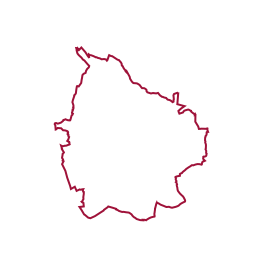 the district of Cergau, Alba, Romania, rotated 250°
{"feature_id": "2599482B88582308663497", "entity_name": "Cergau", "entity_type": "district", "adm_level": 2, "iso_a3": "ROU", "parent_name": "Romania", "parent_adm1": "Alba", "projection": "equal_earth", "projection_center": [23.934, 46.087], "detail": "fine", "context": "isolated", "style": "outline", "palette": "rose", "viewbox_px": 256, "rotation_deg": 250, "n_neighbors": 0, "source": "geoboundaries", "source_scale": "gbopen_adm2", "svg_char_len": 5670}
<svg xmlns="http://www.w3.org/2000/svg" viewBox="0 0 256 256"><g transform="rotate(250 128 128)"><path d="M97.0,201.9L98.1,201.9L99.2,202.0L99.7,202.2L100.2,202.4L100.4,202.5L100.5,202.4L100.6,200.9L102.2,196.9L102.3,196.4L102.3,196.2L102.5,195.8L102.5,195.5L102.9,194.3L105.4,194.5L110.9,193.4L117.1,195.8L117.2,195.1L118.5,195.7L118.6,194.9L121.5,193.1L122.1,192.9L122.6,193.1L123.1,192.5L124.6,191.2L124.8,190.6L125.0,188.0L125.0,186.8L124.5,185.8L123.8,185.0L123.9,181.2L125.5,181.1L126.8,181.2L128.2,184.7L129.2,188.6L133.5,182.5L143.3,187.0L143.4,186.5L144.2,186.3L144.2,182.9L143.2,181.9L139.3,180.9L138.8,180.4L137.2,179.8L137.0,178.8L138.3,178.0L138.9,177.7L140.0,176.7L141.1,175.0L141.4,174.8L143.2,174.1L144.3,172.4L145.4,171.3L145.6,170.7L147.8,169.2L150.7,168.2L150.8,166.6L151.3,165.4L151.8,164.5L151.9,164.1L152.3,163.6L152.4,162.8L152.6,161.4L154.9,158.4L156.3,158.0L157.4,158.4L158.6,157.9L159.8,156.9L160.4,155.6L160.6,154.9L161.5,154.5L164.5,153.6L166.3,152.2L166.9,151.6L168.4,148.4L170.3,147.5L173.6,146.8L175.6,147.1L181.9,146.1L181.7,145.8L181.3,145.5L182.3,145.1L183.4,145.2L184.3,144.7L185.5,144.5L186.0,144.3L187.8,144.2L188.7,143.8L188.8,143.6L189.1,143.6L190.5,144.0L192.0,143.8L194.3,142.9L194.8,142.8L195.8,141.5L200.9,137.7L201.3,136.8L202.9,135.2L201.8,134.2L201.2,133.8L198.8,131.8L198.5,131.2L200.0,130.7L201.0,129.1L201.6,126.7L202.3,126.1L203.1,125.3L204.2,123.6L205.2,122.7L205.4,122.3L205.4,122.0L207.3,120.2L209.0,118.2L209.5,117.1L210.4,116.5L209.4,116.2L208.8,115.8L207.1,115.6L209.3,114.9L213.8,113.9L219.6,111.7L217.9,108.3L218.3,108.0L218.4,107.6L218.5,107.3L218.7,107.2L218.9,107.4L219.2,107.8L219.3,108.2L219.5,108.3L219.9,107.8L220.1,107.7L220.6,107.7L220.5,107.1L220.7,106.9L220.8,106.7L219.5,106.6L218.7,106.3L217.8,106.2L215.8,106.0L214.9,106.1L214.7,106.2L213.7,106.5L211.2,107.7L210.4,108.2L208.9,108.7L207.8,109.0L206.4,110.1L201.6,111.9L199.6,112.8L198.4,111.9L197.4,109.7L196.0,108.1L194.3,107.0L194.1,104.8L193.3,103.3L190.9,102.0L189.1,100.9L186.3,99.4L183.9,95.9L184.8,94.6L184.6,94.2L182.2,92.8L178.5,90.9L177.7,90.0L177.1,88.6L176.5,88.5L173.1,85.8L171.3,84.6L168.2,84.5L167.4,84.3L166.6,84.0L166.3,83.5L165.5,83.7L164.0,82.6L164.2,82.2L163.7,81.9L163.4,82.1L161.6,80.6L160.9,80.5L160.3,81.1L159.4,80.3L159.1,79.3L155.8,77.0L155.0,76.3L155.0,75.9L155.4,75.5L155.6,74.6L156.3,73.6L157.6,72.2L157.4,70.7L157.6,70.4L157.6,70.0L156.9,69.4L156.7,68.9L156.0,66.9L156.0,65.0L156.1,63.5L157.3,62.1L157.4,61.1L157.3,60.8L156.5,60.4L155.3,60.6L151.3,59.5L151.3,60.0L152.1,61.8L150.6,65.1L148.1,66.2L147.3,68.0L146.0,69.7L145.3,70.2L144.5,70.3L144.1,70.1L144.1,69.7L142.9,69.2L142.7,69.6L142.4,69.7L141.9,69.4L141.7,69.6L140.4,69.2L139.7,69.6L137.5,67.8L136.6,66.5L135.4,67.4L135.4,67.7L135.1,68.0L134.4,68.0L134.0,67.7L132.6,67.6L132.5,67.0L132.6,65.6L132.5,64.2L132.6,63.6L133.0,62.3L133.0,61.3L133.5,59.9L134.4,59.1L130.6,58.9L130.6,58.7L129.4,58.9L127.2,59.4L126.9,59.4L125.9,57.6L125.6,57.6L122.5,55.8L120.6,56.2L119.7,55.4L118.8,56.1L116.6,53.7L109.1,54.5L102.2,53.9L93.3,53.8L90.2,53.5L91.0,57.9L86.5,58.2L86.8,61.6L86.4,62.0L86.1,62.9L86.1,63.8L85.8,65.0L85.6,64.8L85.2,64.3L83.5,64.1L83.0,64.6L81.2,63.9L80.1,63.3L79.1,62.8L78.3,62.3L77.6,62.2L76.3,61.7L75.5,60.6L75.0,60.4L74.7,59.9L74.6,59.2L74.3,59.3L73.9,59.5L72.8,60.5L69.4,59.6L70.4,55.4L66.7,56.3L61.8,57.2L61.1,57.8L57.4,59.9L56.1,61.8L56.5,66.8L57.6,71.6L58.0,73.3L58.8,76.9L59.3,77.4L60.5,81.7L61.0,82.6L58.6,85.9L56.1,89.2L55.6,88.9L54.1,90.5L53.2,91.1L52.0,92.6L51.1,93.8L50.9,94.6L50.6,95.4L49.5,97.3L48.4,99.5L47.9,100.2L45.6,101.8L44.3,102.1L42.9,102.7L41.6,103.5L41.1,104.1L39.6,104.9L37.3,107.9L36.1,110.6L36.7,110.6L36.0,112.3L35.2,113.4L35.3,113.5L35.4,114.3L35.6,115.2L35.8,116.1L35.9,116.8L36.0,117.1L36.0,117.8L36.1,118.2L36.1,119.0L36.1,119.3L35.9,121.6L35.7,122.6L36.1,122.9L37.6,123.2L38.2,123.4L38.7,123.6L39.5,124.1L39.9,124.3L40.7,124.7L41.8,125.3L42.7,125.7L43.2,125.9L43.3,126.1L46.7,128.4L47.6,129.1L48.0,129.5L47.9,129.5L47.1,130.5L46.9,130.8L45.9,131.6L44.9,132.3L44.2,133.1L43.3,134.1L42.8,134.7L41.4,136.2L41.0,136.7L40.7,136.9L40.5,137.5L40.3,138.2L40.1,138.9L40.0,139.5L39.1,140.5L38.3,141.6L38.0,142.2L37.9,143.2L37.8,144.0L37.6,145.8L37.6,146.7L37.6,147.6L37.6,148.0L37.8,149.2L38.5,150.8L38.7,151.3L39.1,153.6L39.4,156.4L39.5,156.5L39.9,156.7L40.4,156.9L41.0,156.9L43.6,156.6L44.4,156.4L45.3,156.1L46.5,155.4L47.4,155.0L48.2,154.6L48.6,154.4L51.5,153.5L52.2,153.4L52.9,153.5L53.8,153.6L54.4,153.8L55.4,154.0L56.1,154.0L57.3,154.2L57.9,154.3L58.2,154.8L59.3,154.8L60.4,154.8L60.8,154.5L61.3,155.3L61.6,155.4L62.4,155.3L63.2,155.2L64.2,155.6L64.4,155.9L64.6,155.9L65.1,155.8L65.5,155.7L65.8,155.9L65.8,156.1L65.8,157.4L65.7,158.3L65.5,159.5L65.3,160.4L65.5,160.5L67.0,161.0L67.2,161.5L67.2,163.2L67.8,164.1L68.1,164.8L68.4,165.6L68.5,166.1L68.8,166.9L69.0,167.5L69.7,168.9L69.9,170.0L70.2,171.0L70.4,171.9L70.7,173.5L71.2,175.2L71.1,175.6L70.6,176.5L70.6,177.1L70.6,178.5L70.5,179.8L70.3,181.0L69.7,182.6L68.4,184.6L68.5,184.9L69.2,185.2L69.9,185.7L70.1,185.9L70.4,186.0L70.6,186.3L70.9,187.2L70.8,188.0L70.9,189.1L71.7,188.7L72.5,188.3L72.9,188.2L73.7,188.2L74.6,188.7L75.2,188.9L75.3,189.2L74.9,190.2L74.9,190.8L74.9,191.4L75.1,191.9L75.4,192.2L76.7,192.9L77.0,193.1L77.4,192.9L77.9,192.9L78.6,193.2L79.0,193.4L80.0,193.7L80.3,193.7L81.2,193.6L81.6,193.6L82.2,194.2L82.7,194.3L83.4,194.7L84.6,195.1L85.2,195.4L86.3,195.6L88.0,195.6L88.4,195.8L88.7,196.1L89.1,196.2L89.8,196.1L90.4,196.3L91.1,196.6L91.6,196.8L92.4,197.1L93.3,197.9L93.6,197.9L93.9,198.1L94.2,198.7L94.6,199.3L95.0,199.5L95.6,200.0L96.0,200.0L96.6,200.2L97.2,200.6L97.3,201.3L97.1,201.6L97.0,201.9Z" fill="none" stroke="#9f1239" stroke-width="2"/></g></svg>